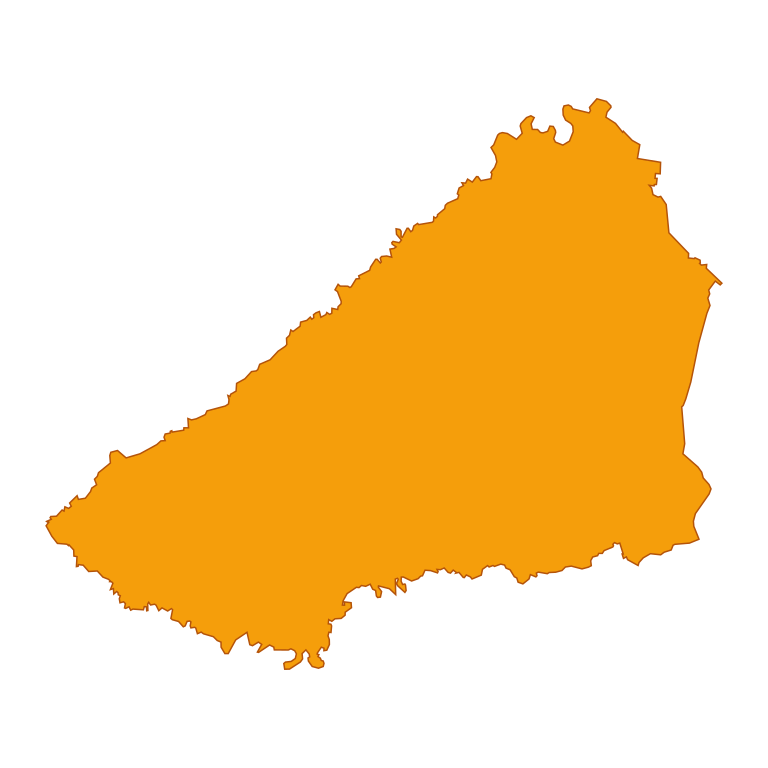 Paso de Ovejas, Veracruz, Mexico (Natural Earth projection)
{"feature_id": "50627088B17085270439419", "entity_name": "Paso de Ovejas", "entity_type": "district", "adm_level": 2, "iso_a3": "MEX", "parent_name": "Mexico", "parent_adm1": "Veracruz", "projection": "natural_earth1", "projection_center": [-96.462, 19.257], "detail": "fine", "context": "isolated", "style": "filled", "palette": "amber", "viewbox_px": 768, "rotation_deg": 0, "n_neighbors": 0, "source": "geoboundaries", "source_scale": "gbopen_adm2", "svg_char_len": 6094}
<svg xmlns="http://www.w3.org/2000/svg" viewBox="0 0 768 768"><path d="M589.1,112.9L572.7,108.9L571.2,106.4L568.4,105.0L564.0,105.9L562.9,109.1L563.2,115.1L565.6,120.1L570.8,123.4L572.8,126.0L573.2,131.7L569.5,141.1L562.9,145.1L555.4,142.1L553.7,138.7L555.7,132.5L555.4,130.4L553.3,126.5L549.9,126.1L547.7,131.3L543.0,132.9L540.4,132.5L537.6,129.5L532.3,129.4L531.1,123.8L534.2,117.6L530.9,115.8L526.5,117.6L520.9,123.6L520.2,126.0L522.2,133.3L516.5,139.3L507.4,133.5L502.4,132.6L499.4,133.5L497.7,135.1L493.7,144.9L491.0,147.5L495.5,155.5L496.8,161.9L494.7,167.4L490.9,172.4L491.9,173.9L491.0,178.7L480.8,180.7L478.0,176.7L476.5,176.6L472.3,182.1L467.6,179.1L465.6,183.1L461.9,182.8L463.5,185.6L459.1,188.0L457.3,193.8L458.8,195.0L457.7,198.7L447.5,203.2L445.3,205.3L444.7,208.7L437.5,214.7L437.4,216.4L435.6,218.0L433.8,216.9L433.5,221.2L432.3,222.3L418.7,224.6L417.6,223.4L413.8,226.0L412.5,230.4L410.8,231.7L408.4,228.3L407.1,228.3L402.4,237.3L401.1,236.8L401.1,231.3L399.8,229.5L396.1,228.8L396.5,234.3L401.4,240.1L399.3,242.7L393.0,241.4L391.8,242.7L392.2,244.2L396.1,246.9L394.1,248.4L389.9,249.1L391.7,257.2L386.7,256.0L381.6,256.5L380.2,258.2L381.3,261.9L380.3,263.0L377.1,259.3L375.7,259.3L370.6,267.0L369.7,270.3L358.7,275.8L359.5,278.6L356.1,278.9L351.3,286.7L349.9,287.5L347.8,286.2L340.1,286.1L338.1,284.3L335.0,289.8L337.5,291.6L341.2,301.3L341.1,303.7L338.1,306.7L337.7,309.5L331.9,308.3L331.8,313.2L329.7,314.4L326.8,312.5L325.9,314.6L320.9,317.3L319.4,311.5L316.0,312.8L313.5,314.7L313.8,317.7L311.8,319.2L310.3,317.1L306.8,320.4L300.6,322.1L300.1,326.2L293.0,331.5L290.8,330.0L289.5,335.3L286.5,338.2L286.8,344.5L285.3,346.3L278.1,351.2L270.1,359.8L259.7,364.3L257.8,369.6L256.2,370.9L251.5,371.6L244.9,378.8L236.6,383.4L236.1,391.1L230.7,394.2L230.0,396.4L227.9,395.5L229.0,399.7L228.5,403.9L225.4,406.0L207.0,410.9L205.3,414.6L196.3,418.8L191.5,419.9L187.9,418.5L188.5,427.8L183.9,427.8L183.7,430.2L172.1,432.1L171.8,430.7L170.3,431.3L170.1,433.1L165.2,434.0L164.0,437.2L165.2,440.6L160.9,440.9L156.8,444.6L140.0,453.8L126.1,457.9L117.5,450.5L110.8,452.3L109.8,455.5L110.4,463.0L98.5,472.7L97.3,476.4L94.5,479.2L96.6,484.8L91.8,488.0L90.5,491.6L85.4,498.2L78.4,499.4L77.1,495.7L69.6,503.0L71.3,506.3L68.6,508.4L64.9,506.8L64.0,511.1L62.1,510.0L56.5,516.2L50.8,516.5L50.1,517.7L51.3,519.3L46.6,521.4L48.0,522.4L49.2,521.6L46.1,525.8L51.8,536.2L57.4,543.4L66.9,544.2L68.5,545.6L69.0,544.9L73.7,550.0L73.9,556.1L77.0,556.6L76.4,566.6L78.1,566.3L78.4,564.6L83.2,565.2L88.7,571.5L97.3,571.0L102.9,577.1L108.5,579.3L110.2,580.8L109.7,581.6L111.6,581.8L112.9,583.2L110.4,589.6L113.4,588.6L113.8,594.0L116.7,591.5L118.0,592.6L118.3,594.8L120.3,595.7L119.3,598.7L120.0,602.8L123.6,601.8L125.4,603.6L124.5,607.9L125.7,608.4L129.0,606.8L130.7,610.2L132.9,609.1L143.4,609.8L144.3,606.6L146.4,606.8L146.7,610.8L147.9,610.5L147.7,603.9L148.7,602.3L150.6,605.0L154.6,604.2L156.1,605.2L158.8,610.7L162.0,607.9L167.7,611.0L171.4,608.6L172.6,609.7L170.9,618.4L172.3,619.7L178.6,621.5L183.3,626.8L185.2,625.9L187.1,621.4L189.7,621.0L190.9,621.9L190.2,625.8L190.9,627.9L194.7,627.3L195.8,628.1L197.4,633.7L201.2,632.1L203.5,633.8L213.4,636.7L217.2,640.5L221.0,642.1L221.1,647.2L224.9,653.6L228.2,653.6L235.7,639.9L247.0,632.3L249.8,644.7L252.5,645.7L258.4,642.1L261.7,644.4L257.4,652.1L258.6,652.4L269.6,645.0L273.8,647.1L274.3,649.9L288.3,650.0L290.9,648.8L294.7,650.7L296.4,653.8L295.3,658.5L291.2,661.4L285.4,662.1L283.8,663.5L284.7,669.2L289.5,669.1L300.4,662.0L302.6,658.9L302.1,653.6L305.9,649.9L309.2,654.0L309.7,656.9L308.0,658.0L308.4,661.1L312.2,666.5L318.5,668.2L323.2,666.5L324.0,663.4L323.2,661.0L321.3,660.5L320.3,658.1L318.0,656.6L318.9,654.6L317.2,654.2L317.3,653.1L321.3,647.2L324.0,648.2L323.9,650.7L326.8,650.2L329.4,644.5L329.3,639.6L328.0,635.8L328.9,632.2L331.0,632.5L331.6,625.9L330.9,624.2L328.3,623.8L328.7,619.6L331.8,621.3L335.0,618.8L341.2,618.4L345.1,615.2L345.2,612.2L351.5,607.7L351.1,602.7L344.4,601.9L344.5,605.2L342.4,605.1L343.1,600.8L347.1,593.6L356.4,587.3L359.0,587.6L361.5,585.5L365.7,586.3L370.2,584.2L372.7,589.2L375.6,590.5L376.4,596.0L377.6,597.5L380.4,597.1L381.6,591.6L378.3,587.1L378.5,585.9L389.4,588.7L395.7,594.6L395.3,579.1L397.4,578.3L398.3,579.3L396.6,583.5L397.6,585.7L404.9,592.4L406.1,590.6L405.5,585.0L404.9,584.0L402.6,584.5L401.1,581.2L401.3,577.1L403.3,577.0L411.6,581.0L418.1,578.7L420.7,576.1L422.5,575.8L425.0,570.2L430.6,570.6L437.5,572.9L438.1,571.6L437.0,569.4L440.4,569.7L444.2,568.0L448.1,572.4L450.5,573.1L453.2,570.1L456.4,572.5L455.9,573.1L459.0,572.4L463.2,577.4L464.3,577.6L466.3,575.0L470.4,576.9L472.0,579.0L481.3,575.1L482.5,569.3L487.6,565.6L489.1,567.0L493.0,565.5L494.5,566.4L500.8,564.1L504.6,565.1L506.0,568.1L510.1,569.8L514.3,576.7L516.8,578.0L518.1,582.2L522.9,583.9L529.0,579.0L530.4,574.6L535.9,576.9L537.0,575.7L536.3,573.1L538.3,572.1L547.3,573.7L549.2,572.5L555.7,572.2L562.0,570.5L565.4,567.0L571.3,566.1L582.0,568.9L588.3,567.2L591.3,565.7L590.7,560.7L592.7,557.0L597.6,555.7L598.7,553.4L602.3,553.4L604.1,550.6L612.8,547.0L613.5,545.8L612.9,544.3L614.5,542.6L617.3,543.9L619.8,543.1L623.2,554.0L622.1,554.0L623.5,558.4L626.4,556.9L627.6,559.7L638.1,565.5L639.0,562.5L643.3,557.8L650.4,553.7L660.7,554.8L664.2,552.2L671.2,550.0L673.1,545.2L674.9,544.3L689.5,543.1L699.0,539.2L693.8,526.3L693.4,521.2L695.4,513.6L709.1,494.0L711.0,488.9L709.0,484.5L703.2,477.9L701.7,472.2L697.9,467.0L682.9,453.8L684.7,443.7L681.7,406.8L683.2,405.5L685.8,398.9L690.8,382.0L698.8,342.8L706.9,313.3L710.0,305.5L707.8,298.1L709.7,293.9L708.7,290.0L715.3,281.1L720.2,284.9L721.9,283.2L706.3,268.3L706.7,264.5L701.3,265.1L699.6,263.4L700.3,262.8L700.1,260.2L695.0,257.8L694.3,258.6L688.4,258.0L688.6,253.4L668.9,232.8L666.2,204.5L660.7,196.4L658.0,197.1L653.0,194.6L651.6,188.2L649.2,185.3L654.1,185.9L654.3,184.6L656.4,184.5L657.1,178.4L655.0,178.3L655.5,173.5L660.2,173.8L660.6,162.3L637.4,158.5L639.8,144.7L632.2,140.4L623.3,131.2L622.6,132.2L615.5,123.4L605.9,117.2L607.0,112.2L611.0,107.3L610.8,105.8L606.4,101.4L596.9,98.8L589.5,107.4L590.5,110.7L589.1,112.9Z" fill="#f59e0b" stroke="#b45309" stroke-width="1.5"/></svg>